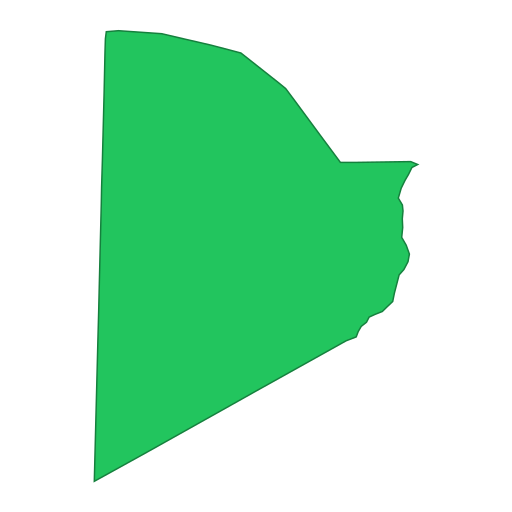 outline of Heliópolis, Bahia, Brazil
{"feature_id": "56859067B32891421034435", "entity_name": "Heliópolis", "entity_type": "district", "adm_level": 2, "iso_a3": "BRA", "parent_name": "Brazil", "parent_adm1": "Bahia", "projection": "albers", "projection_center": [-38.271, -10.758], "detail": "fine", "context": "isolated", "style": "filled", "palette": "green", "viewbox_px": 512, "rotation_deg": 0, "n_neighbors": 0, "source": "geoboundaries", "source_scale": "gbopen_adm2", "svg_char_len": 812}
<svg xmlns="http://www.w3.org/2000/svg" viewBox="0 0 512 512"><path d="M417.7,164.5L410.7,161.6L356.7,162.4L340.4,162.4L319.9,134.8L294.9,100.9L285.7,88.6L279.5,83.5L240.9,53.0L211.2,45.2L197.0,41.9L185.2,39.2L161.7,33.7L118.4,30.7L106.3,31.7L105.4,38.7L105.0,51.8L104.1,93.1L102.4,160.1L101.6,187.1L101.3,203.2L99.3,284.7L98.7,310.3L97.8,343.9L94.3,481.3L147.1,452.1L231.7,404.7L241.5,399.2L253.6,392.4L260.4,388.6L346.1,340.8L356.2,336.9L358.2,331.6L361.2,326.4L366.5,322.2L369.1,317.1L375.0,314.4L382.3,311.5L387.0,306.9L392.7,301.5L394.4,293.1L396.8,283.8L399.1,274.9L403.9,269.5L408.0,261.7L409.4,254.1L406.2,245.2L401.7,237.4L402.7,227.5L402.3,218.8L403.0,211.0L402.4,205.0L398.3,198.1L401.2,188.2L405.0,180.4L408.5,174.4L411.9,167.5L417.7,164.5Z" fill="#22c55e" stroke="#15803d" stroke-width="1.5"/></svg>